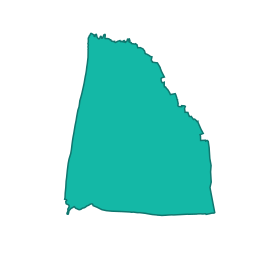 Santiago Tapextla, Oaxaca, Mexico, rotated 79°
{"feature_id": "50627088B73039114437677", "entity_name": "Santiago Tapextla", "entity_type": "district", "adm_level": 2, "iso_a3": "MEX", "parent_name": "Mexico", "parent_adm1": "Oaxaca", "projection": "mercator", "projection_center": [-98.492, 16.33], "detail": "fine", "context": "isolated", "style": "filled", "palette": "teal", "viewbox_px": 256, "rotation_deg": 79, "n_neighbors": 0, "source": "geoboundaries", "source_scale": "gbopen_adm2", "svg_char_len": 5192}
<svg xmlns="http://www.w3.org/2000/svg" viewBox="0 0 256 256"><g transform="rotate(79 128 128)"><path d="M28.2,146.6L29.7,147.7L30.0,148.0L30.4,148.6L30.9,148.8L31.4,149.0L32.0,149.7L32.5,149.9L33.2,150.1L33.9,150.1L36.5,150.7L37.7,151.3L37.9,151.3L38.1,151.2L38.4,151.1L38.8,151.0L39.2,151.1L39.6,151.4L40.4,151.7L40.8,151.8L41.2,151.8L41.6,151.8L42.1,151.8L42.6,151.9L43.1,152.2L44.1,152.3L46.5,152.8L51.2,153.8L54.0,154.7L56.9,155.6L60.5,156.9L64.0,158.0L66.7,159.0L69.3,160.1L72.7,161.4L75.4,162.4L78.2,163.6L82.1,165.3L85.3,166.7L88.8,168.4L92.1,170.1L95.5,171.2L98.0,172.1L100.8,173.7L103.8,174.9L107.1,176.2L111.0,177.6L115.3,179.4L118.5,180.6L122.6,182.1L126.3,183.6L129.6,184.8L133.5,186.1L138.2,187.6L142.2,189.1L146.9,191.6L147.5,191.9L151.5,193.5L157.9,195.6L164.9,197.7L168.5,198.9L174.1,200.3L180.1,202.1L184.3,203.1L185.9,203.8L186.6,202.1L187.5,202.0L187.8,202.4L188.0,202.7L188.3,203.1L189.3,203.2L189.8,203.2L190.6,203.1L190.9,202.8L191.3,202.1L192.0,201.2L192.5,200.8L193.0,200.7L193.7,200.8L194.4,201.0L194.6,201.3L195.2,201.6L195.4,202.0L195.9,202.4L196.4,202.6L196.9,202.6L197.7,202.7L198.2,202.9L198.7,203.3L199.3,203.5L199.7,203.9L199.8,204.1L200.1,204.2L200.8,204.2L201.1,203.8L201.2,203.3L201.0,203.0L200.6,202.9L200.2,202.6L199.8,202.4L199.4,202.3L199.0,202.1L198.4,201.8L198.0,201.7L197.7,201.4L197.4,201.0L197.1,200.5L196.6,200.0L196.3,199.5L196.1,199.2L195.9,198.7L195.8,198.2L195.7,197.8L195.5,197.3L195.2,196.6L194.9,195.9L195.3,195.5L195.8,195.3L196.6,194.8L197.1,194.3L197.4,193.7L197.7,193.2L198.1,192.8L198.6,192.1L198.9,191.3L198.9,190.6L198.8,189.8L198.6,189.2L198.1,188.3L198.0,187.8L198.0,186.9L197.9,185.8L197.6,185.1L197.3,184.4L197.1,184.0L196.8,183.6L196.5,182.2L196.3,181.3L195.7,180.0L195.6,179.6L195.5,178.6L195.6,177.9L195.8,177.5L196.1,177.2L196.9,177.1L197.5,177.1L200.0,173.3L200.1,173.2L203.2,169.2L205.0,165.0L206.6,159.6L209.0,149.3L210.7,142.5L211.4,140.4L211.6,138.7L212.1,137.3L212.9,134.9L213.4,132.4L215.3,126.5L215.4,126.4L217.6,120.6L218.8,116.4L219.1,115.7L219.7,113.4L220.3,111.4L220.7,108.4L220.9,107.1L220.9,106.7L221.6,101.5L222.0,100.1L223.0,93.0L224.0,85.7L224.2,85.3L225.6,76.8L225.6,76.0L225.7,75.2L226.1,73.0L226.7,70.9L226.7,70.4L226.8,69.8L226.8,69.2L227.0,68.2L227.7,67.8L227.7,67.5L227.7,64.6L227.6,62.1L227.7,61.2L227.8,60.5L227.9,60.0L227.9,59.6L227.6,59.0L202.1,58.9L201.9,58.8L196.9,56.6L194.3,56.3L186.8,55.3L180.7,53.6L173.5,53.5L166.5,52.6L163.5,52.2L162.6,52.1L156.4,51.8L155.3,52.7L155.6,54.3L154.8,54.3L154.1,59.1L149.7,58.4L148.3,58.6L147.7,55.2L143.2,56.6L137.4,57.9L136.0,58.2L134.7,58.1L134.8,59.1L134.0,59.4L132.0,60.9L131.8,61.9L132.0,62.2L128.7,63.7L128.8,64.2L128.3,65.6L127.7,65.6L127.0,65.9L124.8,66.2L124.2,66.2L123.7,67.8L123.5,69.0L122.8,68.9L119.7,68.8L117.7,67.6L117.0,68.5L116.3,71.1L117.3,71.2L117.0,72.9L116.4,74.3L115.6,74.8L115.3,74.7L113.6,74.1L110.3,74.2L109.7,74.0L109.2,74.4L107.4,74.4L104.4,74.8L103.3,75.1L103.3,80.0L101.8,80.3L98.6,81.4L97.3,82.1L96.5,82.7L95.4,83.1L94.9,83.3L94.6,84.4L94.0,84.3L92.5,84.4L92.4,84.2L90.0,83.7L90.1,84.2L90.1,84.9L90.2,85.3L90.0,85.8L89.3,86.1L88.0,86.4L86.1,86.2L85.5,85.8L85.1,85.0L84.9,82.6L79.0,84.3L78.7,84.4L77.1,84.6L76.6,84.8L75.1,84.9L74.8,84.9L69.7,86.7L68.1,91.4L67.3,91.4L66.4,92.2L65.5,92.1L62.7,90.9L62.0,92.5L61.3,92.9L59.3,95.2L58.4,96.7L58.2,96.8L57.8,97.0L57.7,96.9L55.3,97.1L54.6,97.6L54.3,97.7L53.8,97.9L53.2,98.2L51.8,100.1L51.5,100.4L51.1,103.1L48.0,103.3L47.8,103.8L47.6,104.0L46.9,104.2L46.7,104.4L46.8,104.7L46.9,105.2L46.7,105.8L45.8,108.4L45.3,108.7L45.2,108.7L44.9,108.6L44.8,108.8L44.5,109.0L43.9,109.8L43.9,110.3L43.2,110.5L42.7,109.5L40.8,109.7L40.7,109.9L40.9,110.2L41.5,110.6L41.7,110.9L41.5,111.4L40.9,111.3L40.7,111.4L40.7,111.5L41.2,111.8L42.3,112.2L42.6,112.8L42.8,113.4L42.9,113.7L43.3,113.8L43.5,114.2L43.2,114.5L43.0,115.2L42.5,115.7L42.3,115.6L42.1,115.0L41.9,114.8L41.7,114.9L41.4,115.1L41.5,115.5L41.7,115.9L42.4,116.3L42.5,116.5L42.0,116.9L41.8,117.4L41.7,117.9L41.9,118.1L41.9,118.5L41.7,118.8L40.6,119.2L40.8,120.1L40.9,121.5L41.4,123.0L41.7,123.9L41.4,124.4L41.0,124.7L40.4,124.6L40.3,125.0L40.6,125.3L39.7,127.1L39.7,127.4L38.8,128.0L38.1,128.1L38.0,128.5L37.9,128.8L37.6,129.2L37.4,129.2L37.1,129.5L36.8,129.8L36.6,130.3L36.4,130.7L36.3,131.1L36.2,131.4L36.1,131.8L36.1,132.2L36.0,132.6L35.9,132.9L35.8,133.3L35.6,133.4L35.3,133.4L35.1,133.3L34.8,133.3L34.5,133.3L34.2,133.2L33.9,133.0L33.5,132.9L33.2,132.8L32.9,132.7L32.4,132.6L32.0,132.6L31.7,132.8L31.8,133.3L31.9,133.8L32.1,133.9L32.4,134.2L32.7,134.4L33.1,134.6L33.5,134.9L33.8,135.2L34.2,135.4L34.5,135.6L34.9,136.1L34.8,136.6L34.7,136.6L34.2,136.7L33.9,136.8L33.6,136.8L33.1,136.9L32.8,137.1L32.8,137.4L33.1,137.8L33.6,138.0L34.0,138.2L34.2,138.4L35.0,139.5L34.5,140.2L34.4,140.3L34.2,140.4L33.8,140.6L33.4,140.8L33.1,140.9L32.9,141.0L32.6,141.1L32.4,141.1L32.0,141.1L31.5,141.1L31.2,141.2L30.8,141.1L30.3,141.2L30.0,141.3L30.0,141.7L30.1,141.9L30.4,142.3L30.7,142.7L31.0,142.7L31.4,142.8L31.8,142.9L31.9,143.0L31.3,143.8L31.2,143.8L30.8,143.5L30.6,143.2L30.3,143.2L29.9,143.9L29.3,144.7L28.9,145.1L28.7,145.3L28.5,145.5L28.4,145.7L28.3,145.9L28.1,146.1L28.1,146.5L28.2,146.6Z" fill="#14b8a6" stroke="#0f766e" stroke-width="1.5"/></g></svg>